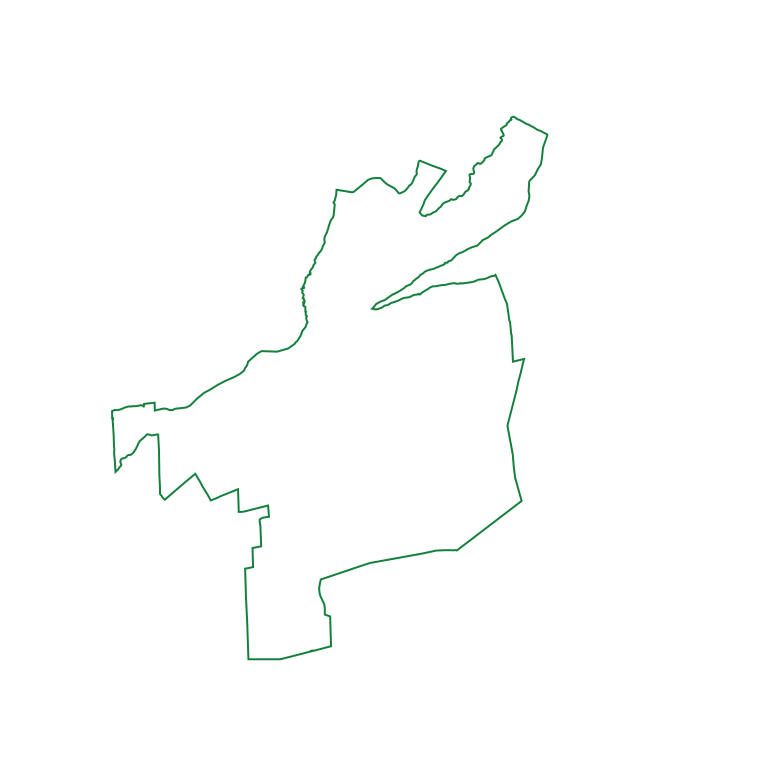 the district of Baia, Suceava, Romania, rotated 133°
{"feature_id": "2599482B74007881271800", "entity_name": "Baia", "entity_type": "district", "adm_level": 2, "iso_a3": "ROU", "parent_name": "Romania", "parent_adm1": "Suceava", "projection": "robinson", "projection_center": [26.198, 47.421], "detail": "fine", "context": "isolated", "style": "outline", "palette": "green", "viewbox_px": 768, "rotation_deg": 133, "n_neighbors": 0, "source": "geoboundaries", "source_scale": "gbopen_adm2", "svg_char_len": 6155}
<svg xmlns="http://www.w3.org/2000/svg" viewBox="0 0 768 768"><g transform="rotate(133 384 384)"><path d="M631.4,520.4L627.5,520.3L625.2,520.7L623.0,520.6L621.9,521.3L621.7,522.2L620.4,524.2L618.5,524.9L616.7,524.5L614.8,523.1L612.5,522.7L611.8,522.9L610.9,522.7L610.2,522.4L608.7,521.0L605.8,520.4L600.9,521.2L597.4,522.2L594.8,523.2L592.0,523.7L585.9,523.0L582.7,523.0L581.6,522.2L580.1,518.8L575.9,515.8L575.0,514.7L586.6,502.7L603.9,486.1L613.2,476.5L616.8,473.2L617.2,472.7L617.6,469.8L617.9,469.3L618.1,465.4L592.6,462.6L578.4,460.8L581.0,451.7L582.7,447.0L585.1,438.0L587.3,431.3L580.6,428.1L577.3,426.9L560.5,419.0L576.6,403.0L573.4,399.8L551.9,385.9L559.5,377.6L561.4,379.2L564.9,381.7L567.7,382.5L568.7,381.8L571.4,378.7L571.3,378.4L586.5,363.1L593.6,368.3L607.2,354.9L613.8,359.6L633.8,339.8L651.7,321.4L677.8,295.4L656.0,272.1L628.7,254.6L628.6,255.1L626.9,253.7L626.9,253.3L611.9,243.9L590.7,264.9L593.0,270.0L588.1,274.6L585.8,277.6L582.5,285.8L580.6,288.8L578.0,291.8L574.0,294.6L570.0,296.9L528.2,274.3L523.8,271.7L481.1,239.8L470.3,232.3L463.4,225.5L457.4,218.9L456.5,218.3L456.1,217.2L375.7,203.6L363.8,223.0L363.8,223.4L355.8,232.9L347.7,241.8L330.3,265.3L298.9,282.4L290.2,287.6L283.3,291.2L274.3,296.4L270.1,298.6L279.7,304.9L261.0,324.2L261.0,324.7L252.7,334.1L252.1,335.6L241.5,348.7L239.5,353.3L231.1,369.9L228.2,376.9L229.6,377.1L231.9,379.0L237.1,381.2L239.7,382.9L243.3,386.1L247.5,387.9L250.4,389.9L257.1,395.3L257.5,396.1L258.0,396.3L258.3,397.0L259.4,397.5L261.0,399.1L262.5,401.6L263.2,402.3L264.0,402.6L264.7,403.4L269.3,406.5L273.5,410.2L276.9,412.5L279.3,414.9L282.1,416.2L284.5,416.6L287.3,417.5L291.7,418.6L293.6,418.6L294.4,419.1L294.2,419.8L294.6,420.4L295.6,420.5L298.5,422.9L303.0,424.5L307.1,427.8L309.5,429.1L312.2,430.0L316.0,431.8L320.0,434.1L323.5,435.0L326.5,437.1L329.6,437.6L333.7,439.8L335.5,441.4L337.0,444.0L335.6,443.9L330.4,444.3L329.5,443.6L328.1,443.5L324.1,441.8L322.3,440.7L312.4,438.7L311.5,437.9L309.6,437.6L307.8,436.7L301.1,434.9L297.2,434.4L293.0,432.5L291.2,432.4L288.4,432.8L287.2,432.4L285.4,432.3L282.5,431.6L279.2,431.8L276.5,430.9L273.9,430.7L270.6,429.3L265.4,426.0L264.4,425.5L263.3,425.3L262.3,424.5L258.7,423.1L257.6,422.4L255.3,421.4L254.9,421.5L254.4,422.0L253.2,421.7L252.7,420.9L251.8,420.3L250.7,420.6L249.6,420.3L248.8,419.5L247.5,419.1L240.5,419.1L237.2,418.2L233.7,416.4L228.4,414.8L224.0,413.0L219.2,410.1L211.4,409.9L206.1,407.9L201.0,407.2L197.0,406.1L185.2,403.8L178.3,401.8L172.0,398.7L168.5,398.3L166.2,398.2L161.5,398.7L156.2,401.3L151.0,403.3L147.1,406.1L144.5,409.6L137.1,415.7L135.6,416.1L128.4,416.0L122.4,417.9L116.3,419.1L111.0,422.6L102.7,428.9L91.3,433.9L90.2,434.8L92.3,442.5L93.5,445.2L94.4,450.6L95.3,452.5L95.3,454.1L96.7,457.5L98.2,464.2L99.4,467.3L99.6,469.7L100.1,471.2L100.5,471.9L102.4,472.6L103.2,472.2L103.8,471.1L104.3,471.1L105.3,471.8L107.2,471.5L109.0,471.8L109.8,471.7L111.1,471.0L115.3,472.1L117.5,472.4L118.6,471.3L118.5,470.5L119.5,468.3L119.7,467.3L120.6,465.9L121.0,465.8L121.8,466.0L123.1,466.8L124.5,466.7L124.6,465.1L124.9,464.4L125.9,463.6L126.5,463.5L127.2,463.9L127.8,463.8L129.1,463.3L131.3,463.0L137.3,463.5L143.1,461.5L144.3,461.8L147.7,463.3L150.0,464.1L150.8,464.0L151.8,463.4L153.1,463.2L156.3,463.3L157.4,463.8L157.8,464.6L157.9,465.4L158.8,466.3L161.0,466.2L162.7,466.6L165.3,465.8L166.2,464.8L168.1,462.0L168.7,461.9L169.5,462.1L171.7,464.1L172.7,464.0L173.3,463.6L174.4,461.7L177.8,459.2L178.0,458.8L178.0,457.7L178.3,457.1L179.6,456.3L181.0,456.1L182.8,455.4L183.7,454.7L184.4,454.9L185.5,454.8L187.6,455.6L191.5,455.0L193.5,455.2L195.1,457.2L196.8,457.6L199.3,457.4L200.1,457.6L202.4,459.2L202.9,460.9L205.2,461.1L208.7,462.7L209.9,463.5L212.0,463.9L215.7,463.4L218.2,463.8L221.0,463.7L222.7,463.9L225.5,465.2L227.5,465.4L229.0,466.2L230.7,467.8L231.4,468.2L232.8,467.9L234.6,470.8L234.5,473.9L234.2,474.9L225.3,477.8L221.8,479.5L206.7,481.6L200.2,482.1L186.0,484.0L187.8,489.1L191.7,498.3L196.1,509.8L196.6,510.3L198.8,509.7L201.4,507.9L205.1,506.1L206.4,505.1L208.3,503.0L211.8,502.8L214.9,501.5L218.2,500.4L220.0,500.4L221.9,500.9L223.5,500.5L228.1,500.3L229.5,500.6L234.0,502.5L234.4,503.5L233.7,508.9L233.8,510.0L235.8,517.8L236.0,520.9L235.8,526.9L238.2,529.7L241.9,533.1L245.6,534.9L252.4,535.6L264.2,537.2L265.6,538.1L274.3,551.2L278.1,548.1L283.7,545.0L285.5,544.9L285.9,544.3L285.8,543.4L286.4,542.4L294.5,536.2L296.8,534.9L300.7,534.5L307.0,531.7L308.4,530.7L309.6,530.4L312.0,529.1L314.9,528.4L317.5,527.3L318.3,526.8L319.9,525.1L320.1,524.6L321.0,524.0L321.5,523.4L324.9,522.8L327.3,521.5L329.2,521.1L331.0,520.8L331.5,521.1L334.1,520.5L337.0,520.3L338.5,519.6L340.3,519.5L340.9,519.2L342.1,516.9L345.0,516.6L346.0,516.3L346.7,515.7L350.0,515.4L352.5,514.8L353.5,514.0L353.1,513.2L353.7,512.7L354.2,512.6L355.1,513.0L355.5,513.6L356.1,513.8L358.4,513.1L358.9,513.6L359.7,513.8L361.4,512.4L363.9,510.9L368.2,509.6L368.1,508.7L367.8,508.3L368.0,508.0L368.6,508.1L370.6,509.5L371.0,509.1L371.2,507.1L372.6,506.4L373.1,505.8L373.3,504.2L373.6,503.4L376.1,502.0L376.6,502.0L376.4,500.7L377.3,500.0L377.1,499.0L377.3,498.6L378.3,498.6L378.4,498.0L378.7,498.0L379.6,498.8L379.8,498.7L379.6,497.6L379.7,497.3L381.4,497.0L381.8,495.5L381.2,494.7L381.1,494.3L381.4,493.9L384.4,491.2L384.6,490.9L384.4,490.2L385.3,489.9L387.0,488.1L387.2,487.7L387.0,486.6L388.8,485.9L389.4,485.3L391.1,481.9L392.1,481.8L394.8,480.8L395.4,480.3L400.7,479.9L405.8,477.8L411.9,476.7L413.4,477.0L415.8,476.7L423.3,478.3L433.2,484.2L443.5,496.0L448.5,497.5L460.4,498.6L463.8,496.8L467.3,496.5L469.1,495.6L470.6,495.6L472.5,495.9L475.3,496.4L481.8,498.6L490.0,502.2L497.7,504.9L506.9,507.4L513.1,509.5L521.6,510.7L532.0,511.1L536.3,512.8L544.6,519.9L547.4,520.9L549.2,522.8L550.3,525.9L551.4,527.5L553.0,529.0L559.7,533.5L554.1,539.0L562.2,545.9L563.2,545.4L563.6,544.6L564.3,544.4L564.5,545.9L565.3,547.3L568.8,549.8L570.8,551.7L571.3,552.5L572.9,553.5L573.9,554.8L575.2,555.9L578.2,557.6L581.6,559.0L584.5,560.8L585.9,562.1L586.4,563.1L589.3,564.4L594.4,559.5L593.8,559.0L594.7,558.1L595.0,558.3L605.8,546.8L613.4,539.3L615.4,536.9L618.3,534.6L622.4,530.1L622.5,529.8L631.4,520.4Z" fill="none" stroke="#15803d" stroke-width="2"/></g></svg>